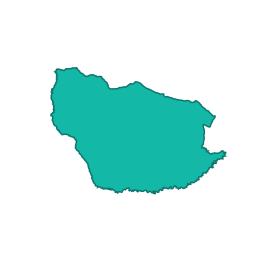 Ulianópolis, Pará, Brazil, rotated 40°
{"feature_id": "56859067B65727130507514", "entity_name": "Ulianópolis", "entity_type": "district", "adm_level": 2, "iso_a3": "BRA", "parent_name": "Brazil", "parent_adm1": "Pará", "projection": "albers", "projection_center": [-47.475, -3.802], "detail": "fine", "context": "isolated", "style": "filled", "palette": "teal", "viewbox_px": 256, "rotation_deg": 40, "n_neighbors": 0, "source": "geoboundaries", "source_scale": "gbopen_adm2", "svg_char_len": 5884}
<svg xmlns="http://www.w3.org/2000/svg" viewBox="0 0 256 256"><g transform="rotate(40 128 128)"><path d="M161.8,184.3L161.9,183.0L162.4,182.3L164.2,181.4L164.7,180.9L164.1,179.3L164.3,178.3L164.7,177.3L165.7,177.0L165.9,175.0L166.6,174.2L166.8,173.4L168.5,174.0L168.8,175.2L169.4,175.2L169.7,174.4L170.5,174.0L171.5,174.1L171.8,173.5L171.6,172.5L172.1,172.2L172.8,172.7L173.0,171.1L173.9,170.5L174.6,170.6L174.9,170.1L175.8,170.7L176.4,170.6L176.6,169.8L176.4,169.1L177.7,168.1L178.7,168.0L180.4,166.6L180.6,165.8L181.5,164.3L182.1,164.0L182.6,164.4L183.8,164.7L184.7,164.6L185.0,163.7L185.0,162.4L185.9,162.2L187.6,162.3L188.0,162.1L188.3,159.7L189.0,159.6L189.2,160.4L188.9,160.9L189.3,161.6L190.8,161.1L191.0,160.4L190.0,159.9L189.9,159.3L190.1,158.7L190.6,158.3L191.9,158.3L192.4,157.9L192.7,157.0L192.1,156.6L191.9,155.0L192.7,153.9L193.3,154.3L194.1,154.1L194.5,153.3L193.6,152.1L193.4,151.5L194.2,151.1L193.8,150.5L195.7,149.8L196.1,149.2L196.8,149.2L197.4,148.8L198.0,148.7L198.3,147.3L198.1,146.3L198.4,145.5L200.0,146.0L200.0,146.7L200.7,146.3L201.2,145.3L201.0,143.7L200.5,143.3L200.9,142.6L201.8,141.7L202.9,141.9L202.8,142.5L203.4,142.8L204.0,142.1L205.0,142.0L205.9,142.3L206.0,141.7L206.7,140.3L206.6,139.8L206.9,139.1L209.4,138.6L209.9,137.8L210.4,136.3L210.9,135.8L210.2,135.1L210.5,134.4L210.4,133.5L209.6,132.4L210.3,132.1L210.9,132.5L211.4,131.3L212.2,130.8L211.2,129.8L211.8,128.9L211.8,128.3L212.7,128.3L213.6,127.4L214.0,125.4L214.6,124.5L213.8,123.9L214.0,123.4L215.1,122.6L214.7,122.1L215.3,121.8L214.1,120.8L213.6,120.1L214.3,119.5L215.5,117.9L214.9,117.0L215.5,116.6L215.7,115.9L214.4,114.7L214.4,114.2L216.0,112.6L216.7,112.5L216.4,111.6L216.5,110.7L217.0,110.3L216.2,109.0L216.4,107.1L215.8,106.5L216.1,105.5L216.7,104.9L218.4,104.0L218.5,103.4L217.8,103.4L217.5,103.0L216.6,103.3L216.2,102.8L215.9,102.2L217.0,101.2L216.3,100.6L215.3,100.8L215.6,99.9L215.4,99.4L216.8,99.5L218.1,98.4L217.0,97.6L217.4,97.0L216.9,96.8L216.0,97.0L217.0,96.0L217.0,95.1L216.6,94.5L217.1,93.8L217.9,93.6L218.5,91.9L219.6,91.4L219.8,90.6L220.4,90.6L220.0,89.9L218.5,89.1L218.7,88.4L219.4,88.3L220.4,87.0L219.9,87.1L218.9,85.7L218.3,85.8L219.1,84.8L218.5,83.9L217.0,84.9L215.7,85.0L215.3,84.6L214.4,85.8L214.5,86.7L213.9,88.3L212.6,90.3L211.9,90.4L210.9,91.3L210.4,91.3L210.1,92.0L208.9,93.3L208.3,94.7L207.5,95.0L206.8,94.8L205.8,95.1L204.9,94.9L204.1,95.4L204.1,94.2L203.3,95.0L202.7,95.1L202.1,94.0L201.5,94.0L201.0,93.7L200.8,94.5L200.2,94.5L199.7,94.1L198.5,94.4L198.5,94.9L197.5,94.9L197.2,95.6L196.2,94.2L196.0,91.9L194.2,89.3L193.6,87.8L192.2,86.1L190.6,84.7L189.8,82.8L187.8,80.6L187.0,80.0L186.1,79.7L184.0,77.8L183.6,77.0L184.4,76.4L188.8,75.4L189.9,74.7L190.0,73.8L189.3,72.4L188.0,67.6L187.7,63.7L187.0,62.9L185.4,64.1L180.7,63.8L178.8,63.3L176.2,64.2L175.3,63.8L170.4,64.1L169.6,63.4L168.1,63.5L167.2,63.0L163.5,63.1L162.1,63.8L162.0,64.4L162.3,64.9L162.3,65.5L161.5,66.2L160.9,67.1L158.9,68.0L157.4,67.9L156.5,68.3L155.1,69.5L154.0,71.0L151.0,72.4L149.1,73.8L148.0,74.2L147.6,74.7L145.6,75.4L144.4,76.3L142.0,76.9L139.9,78.0L138.0,78.6L137.0,80.1L135.0,80.4L133.3,79.1L130.7,81.6L130.1,81.5L127.5,82.4L126.3,83.2L120.3,84.4L116.3,85.8L113.1,86.0L108.7,85.8L105.9,86.6L104.3,87.6L103.8,88.6L103.7,90.9L102.9,91.7L101.4,92.4L100.1,97.9L99.5,98.5L98.7,98.8L97.3,100.8L95.2,102.9L94.9,104.3L94.4,105.0L89.9,109.0L89.1,109.5L87.2,109.6L85.3,108.2L85.0,107.8L83.4,107.4L82.9,106.8L80.7,106.9L80.1,107.1L78.5,106.4L77.6,106.4L77.0,106.8L76.1,106.3L75.0,106.2L74.8,105.8L74.1,106.0L72.6,107.2L72.3,107.9L71.3,108.6L70.1,108.6L69.8,109.1L67.3,109.5L64.8,111.8L64.3,113.3L63.2,115.1L62.1,115.6L60.2,115.8L58.3,115.5L56.4,116.3L55.5,116.2L54.4,115.6L51.7,115.7L50.9,115.0L49.6,115.1L49.2,115.6L49.3,116.1L48.7,116.2L47.8,117.1L46.7,117.8L46.7,118.6L44.9,120.3L44.7,121.0L44.0,121.2L43.0,121.9L42.3,122.9L42.3,124.9L41.8,125.3L40.6,125.6L40.0,126.4L39.4,126.3L39.0,126.8L38.0,126.9L36.5,127.9L36.3,128.8L35.8,128.6L35.6,129.1L36.2,130.1L35.9,131.5L36.5,131.1L37.0,131.5L36.8,132.1L37.4,132.3L37.8,131.9L39.9,133.1L39.5,133.5L40.1,133.9L40.5,135.1L41.5,135.4L42.2,136.0L41.8,136.5L43.3,138.1L43.7,139.1L43.6,139.8L44.1,140.1L44.3,140.6L44.1,141.2L44.5,141.7L44.4,143.2L45.2,143.8L45.3,146.4L44.8,146.7L44.6,147.3L44.9,147.7L46.0,147.3L46.2,147.9L45.8,148.2L45.9,149.5L46.4,149.8L47.8,149.6L47.5,150.7L47.8,151.1L48.6,152.9L49.7,153.4L49.8,154.5L51.4,155.4L53.1,155.5L53.6,156.6L54.7,156.8L55.0,157.3L54.9,158.0L57.3,158.8L57.3,159.4L57.9,159.6L58.7,161.2L59.3,161.2L59.1,161.8L60.3,162.0L60.2,163.1L61.2,163.7L60.5,164.9L60.7,165.9L60.3,166.3L60.2,166.9L60.9,168.0L62.6,167.5L64.1,168.7L64.4,169.8L65.5,171.1L66.1,171.0L67.8,172.3L68.5,172.5L68.9,173.0L69.4,172.8L70.6,173.2L71.7,172.7L72.5,173.0L74.5,174.6L76.0,174.7L76.3,174.1L76.9,174.1L77.2,174.7L77.8,175.1L78.3,174.8L78.9,174.9L79.4,175.3L80.1,175.4L81.2,175.1L81.6,175.5L82.1,175.2L83.6,173.3L86.7,171.5L87.9,172.0L88.7,171.2L90.0,171.2L91.5,170.3L92.4,170.4L93.0,169.8L93.9,170.4L95.5,170.8L95.9,170.4L97.2,171.4L99.1,175.1L100.6,177.0L103.4,177.9L103.9,177.6L105.1,177.8L105.7,177.7L107.0,178.7L110.1,178.9L111.5,179.7L114.2,179.9L115.4,180.4L116.2,180.3L120.9,181.5L121.1,182.0L123.6,184.0L124.9,184.3L125.2,184.9L125.7,185.0L126.4,186.0L127.3,186.0L128.1,186.3L128.5,186.8L129.7,187.2L130.1,187.7L130.6,187.5L131.0,188.0L131.6,188.2L132.6,189.9L133.5,189.9L134.0,190.5L134.6,190.5L135.2,190.8L135.4,191.4L136.1,191.4L136.7,191.9L138.4,192.2L138.9,192.1L140.3,193.1L141.8,192.1L142.5,192.4L142.8,193.0L143.1,192.3L144.6,191.1L145.1,191.3L147.1,190.9L147.2,190.1L147.9,190.4L148.8,190.3L148.8,189.5L149.2,189.0L150.1,188.9L150.1,188.1L152.3,187.6L152.1,186.7L152.5,186.3L152.9,187.1L153.7,186.7L153.9,186.2L154.5,186.5L155.0,186.0L154.6,185.3L154.7,184.8L156.0,185.1L157.2,184.7L159.2,184.7L159.5,185.3L160.3,185.0L160.5,184.3L160.9,183.8L161.8,184.3Z" fill="#14b8a6" stroke="#0f766e" stroke-width="1.5"/></g></svg>